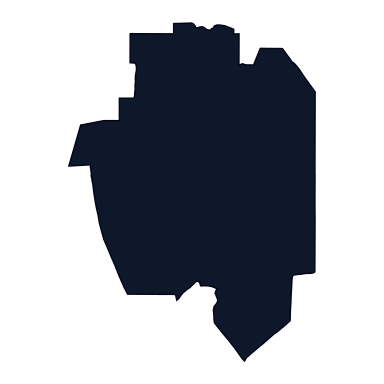 Kaoh Andaet, Takêv, Cambodia
{"feature_id": "14789045B5776655612798", "entity_name": "Kaoh Andaet", "entity_type": "district", "adm_level": 2, "iso_a3": "KHM", "parent_name": "Cambodia", "parent_adm1": "Takêv", "projection": "equal_earth", "projection_center": [104.923, 10.741], "detail": "fine", "context": "isolated", "style": "filled", "palette": "ink", "viewbox_px": 384, "rotation_deg": 0, "n_neighbors": 0, "source": "geoboundaries", "source_scale": "gbopen_adm2", "svg_char_len": 2068}
<svg xmlns="http://www.w3.org/2000/svg" viewBox="0 0 384 384"><path d="M130.3,33.7L130.2,34.7L130.1,62.7L135.2,63.1L136.1,64.9L136.5,67.9L136.4,70.8L135.5,75.5L135.4,78.8L135.5,81.9L135.1,85.4L135.2,89.4L134.8,92.4L134.6,95.9L134.1,98.2L119.4,98.2L119.4,120.7L103.6,120.7L80.7,125.1L68.9,166.0L90.2,164.8L91.5,174.6L91.1,175.5L91.8,178.2L92.2,181.1L93.0,185.0L93.8,192.0L95.1,200.5L96.4,207.7L98.2,215.6L99.6,223.8L101.8,231.9L103.9,239.4L106.0,244.4L108.8,250.9L111.1,256.5L114.9,265.1L119.0,275.6L124.0,287.0L127.6,294.1L161.3,294.3L165.8,294.3L172.7,294.3L175.6,294.6L176.3,298.0L176.6,299.2L176.8,300.2L178.7,298.6L180.6,295.7L183.0,292.8L185.2,290.9L187.2,289.2L190.0,287.5L191.6,285.7L193.6,283.9L195.6,281.7L198.3,281.2L199.7,282.7L200.7,285.8L202.2,285.9L204.1,285.6L206.3,285.8L207.7,285.8L210.2,286.2L212.6,286.8L215.1,287.7L217.2,289.3L215.8,290.9L215.2,293.5L216.6,296.6L217.9,300.4L216.9,303.1L214.1,306.6L213.4,310.4L214.0,315.6L214.0,319.5L214.5,322.8L219.1,328.8L228.0,339.5L235.4,348.9L242.0,358.3L244.5,361.0L245.3,359.5L246.5,357.6L248.3,356.1L250.8,353.7L254.4,350.8L258.2,347.5L262.7,343.9L267.8,339.4L273.4,334.5L278.4,330.8L284.4,325.8L290.1,320.7L290.2,316.6L290.4,309.7L290.8,303.2L291.1,295.3L291.6,286.6L291.9,280.1L292.5,275.8L293.2,275.5L294.3,274.9L296.3,274.6L298.5,274.3L301.5,274.1L304.3,273.6L307.1,273.3L311.0,273.3L313.6,272.7L314.8,271.8L315.0,221.6L314.9,207.4L314.9,193.1L315.0,174.7L314.9,172.9L315.0,135.4L315.1,91.9L304.4,77.2L301.6,72.9L299.2,69.3L296.7,66.1L293.7,62.9L292.5,62.5L282.4,48.6L260.3,48.4L253.6,65.0L245.4,64.9L244.2,64.4L243.4,64.0L241.8,63.9L240.6,64.7L238.9,64.8L239.0,33.9L233.6,34.0L233.7,29.3L232.5,28.9L230.5,28.0L228.0,27.0L225.0,25.9L222.2,25.4L219.0,25.0L216.7,25.1L214.2,26.1L213.5,28.0L211.6,28.8L210.6,29.9L209.0,30.3L208.0,29.8L206.9,29.6L206.1,29.1L204.4,27.8L203.1,27.0L201.8,26.8L199.8,27.1L198.6,27.5L197.0,27.9L195.7,27.5L195.3,26.3L194.6,25.3L193.6,24.2L192.7,23.5L190.8,23.0L189.3,23.1L188.3,23.2L173.7,23.6L173.7,33.9L130.3,33.7Z" fill="#0f172a" stroke="#020617" stroke-width="1.5"/></svg>